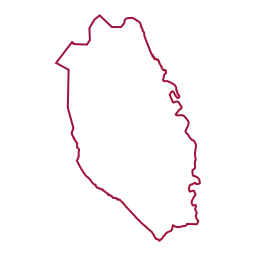 outline of La Union, Copán, Honduras
{"feature_id": "27666195B95326987561994", "entity_name": "La Union", "entity_type": "district", "adm_level": 2, "iso_a3": "HND", "parent_name": "Honduras", "parent_adm1": "Copán", "projection": "robinson", "projection_center": [-88.924, 14.696], "detail": "fine", "context": "isolated", "style": "outline", "palette": "rose", "viewbox_px": 256, "rotation_deg": 0, "n_neighbors": 0, "source": "geoboundaries", "source_scale": "gbopen_adm2", "svg_char_len": 5729}
<svg xmlns="http://www.w3.org/2000/svg" viewBox="0 0 256 256"><path d="M67.8,107.8L73.4,128.0L71.6,133.3L71.9,133.8L72.1,134.3L72.4,135.6L72.6,135.8L73.0,136.1L73.2,136.4L73.3,136.8L73.3,137.3L73.4,137.6L73.6,137.9L74.1,138.1L74.3,138.4L74.4,138.8L74.3,139.4L74.4,139.7L74.6,140.0L75.2,140.5L76.7,142.7L77.1,143.3L77.1,143.8L77.1,147.1L77.1,147.5L77.9,148.1L78.7,148.9L78.9,149.2L79.0,149.7L79.1,150.2L79.1,150.6L78.7,151.8L78.6,152.5L78.7,154.6L78.7,156.6L76.9,160.8L81.2,168.9L82.0,169.9L83.1,171.9L85.5,175.3L86.0,175.8L89.1,178.5L89.8,179.2L91.1,180.8L92.0,182.3L92.9,183.3L93.8,184.1L94.5,184.6L94.8,184.7L95.2,184.6L95.5,184.8L95.7,185.2L95.8,185.9L96.7,187.5L96.9,187.6L97.5,187.6L98.4,187.9L98.7,188.1L99.0,188.5L101.0,188.9L101.1,189.0L101.2,189.3L102.7,189.5L102.8,189.6L102.9,190.1L103.4,190.6L107.3,193.3L107.7,193.9L107.8,194.5L108.0,194.8L108.3,194.9L108.5,194.9L108.7,194.6L108.9,194.5L109.2,194.6L109.4,194.7L109.6,194.9L110.0,195.4L110.5,195.8L110.8,196.0L111.1,195.8L112.3,196.8L112.6,197.1L112.8,197.2L112.8,197.7L113.0,197.9L113.4,198.0L114.6,198.0L116.4,198.2L116.6,198.3L116.8,198.9L117.1,199.4L117.4,199.2L117.8,199.3L118.2,199.2L118.4,199.2L118.6,199.4L118.7,199.6L118.7,199.8L118.8,199.9L119.3,199.9L119.7,199.7L119.8,199.7L120.8,200.9L121.6,201.6L122.1,202.4L122.5,202.6L122.9,202.8L125.6,206.2L133.6,214.7L136.2,217.7L142.3,223.7L152.0,232.2L156.0,239.0L156.8,239.2L158.0,239.1L158.2,239.3L158.8,240.4L159.0,240.6L159.4,240.6L159.7,240.5L161.0,239.3L161.7,238.9L162.1,238.5L162.5,238.0L162.8,237.3L163.4,236.3L164.6,235.1L165.3,234.1L166.8,232.7L167.7,232.1L170.3,231.1L171.0,230.8L171.4,230.4L171.7,230.0L172.1,229.0L172.8,226.1L172.9,225.6L172.9,225.4L173.4,225.5L174.2,225.8L175.4,226.6L176.1,226.9L176.7,227.0L179.0,227.1L183.2,226.1L184.0,226.0L184.8,226.0L185.4,225.8L185.9,225.5L186.3,225.2L186.9,224.0L187.0,223.9L187.3,223.9L187.7,224.1L188.1,224.0L196.7,224.2L197.0,223.9L197.7,222.4L198.2,221.5L198.3,221.2L197.8,220.5L197.0,219.2L196.1,217.3L195.8,216.5L195.8,215.7L196.0,214.8L196.1,214.4L196.5,213.8L196.6,213.4L196.7,213.1L196.6,212.4L196.3,211.6L196.0,211.1L195.3,209.9L195.0,209.3L195.2,208.7L195.7,207.5L195.9,206.7L196.0,206.4L195.8,205.6L195.7,205.2L195.4,205.0L195.0,205.3L193.8,205.4L193.2,205.5L192.8,205.3L192.5,204.9L192.2,204.2L191.8,203.5L191.7,203.2L191.7,202.5L191.7,201.5L192.0,200.7L193.9,197.0L195.5,194.7L195.5,194.3L195.2,193.5L194.8,192.9L194.2,191.3L193.9,190.9L193.6,190.8L192.4,190.8L191.4,191.2L190.2,191.5L189.8,191.5L189.6,191.3L189.5,190.7L189.1,189.5L188.9,188.7L189.7,185.7L190.0,185.1L190.4,184.8L191.1,184.5L192.0,184.4L193.7,183.5L194.5,182.9L194.8,182.8L195.1,182.9L196.3,183.9L197.1,184.1L198.2,183.9L199.3,183.6L199.7,183.3L199.9,183.0L199.9,182.6L199.6,181.9L199.5,180.1L199.1,179.4L198.5,178.5L197.6,177.5L195.7,176.5L194.7,176.0L193.3,175.8L193.0,175.6L192.9,175.4L192.8,175.1L192.6,173.4L192.4,171.2L192.5,170.6L192.5,170.3L192.9,169.9L194.7,168.5L194.9,168.0L195.1,167.3L195.1,166.3L194.8,163.2L195.0,162.1L195.5,160.3L195.7,159.2L195.6,158.5L195.2,156.7L195.0,154.8L195.0,154.2L195.1,152.8L195.4,149.9L196.0,146.2L196.0,145.4L195.9,144.8L195.5,143.7L195.1,142.8L194.6,141.9L194.2,141.2L193.8,140.8L193.3,140.4L192.3,140.0L191.8,139.6L191.1,139.1L190.5,138.4L189.9,137.7L189.3,137.0L189.1,136.5L188.8,135.8L188.6,135.4L187.4,134.0L186.2,132.8L185.8,132.3L185.6,131.9L185.5,131.2L185.8,130.3L188.0,125.7L188.5,124.4L188.6,123.2L188.6,122.1L188.4,121.5L187.8,120.6L186.7,119.0L185.0,117.1L184.0,116.1L183.2,115.6L182.4,115.3L181.4,115.1L179.5,115.3L178.0,115.3L177.1,115.3L176.2,115.1L176.0,114.9L175.8,114.7L175.9,114.3L176.1,113.8L179.3,109.8L179.6,109.5L180.6,108.9L181.3,108.1L181.6,107.5L181.6,107.2L181.6,106.8L181.2,106.2L180.3,105.2L178.7,102.2L178.4,102.0L177.5,101.6L176.5,101.5L176.1,101.6L174.9,102.1L173.9,102.4L173.4,102.5L173.1,102.3L172.9,101.9L172.2,100.3L170.8,97.6L170.2,95.8L169.9,94.7L170.0,94.2L170.3,93.6L170.8,92.7L171.4,92.0L171.8,91.6L172.2,91.4L172.5,91.3L172.9,91.4L173.2,91.6L173.5,91.8L174.2,93.3L175.4,95.4L176.0,96.4L176.7,97.3L177.5,97.8L177.9,97.9L178.6,97.8L179.0,97.5L179.2,97.2L179.3,96.8L179.4,96.3L179.3,96.0L178.8,95.2L177.8,94.2L177.4,93.6L177.3,92.7L177.2,91.2L176.9,90.5L176.7,90.3L176.4,90.2L176.2,89.9L176.2,89.2L176.2,87.8L176.1,87.4L175.9,86.9L175.1,85.6L174.6,85.0L174.3,84.7L172.7,83.7L170.3,82.4L168.5,81.6L167.5,81.2L166.9,81.1L166.2,81.1L164.8,81.2L164.3,81.2L163.7,81.0L163.5,80.9L163.3,80.6L163.2,80.1L163.2,79.5L164.2,74.9L164.4,74.6L164.9,74.0L166.0,73.0L166.0,71.8L165.9,70.9L165.8,70.4L165.7,70.2L165.0,70.0L164.8,70.0L164.0,70.4L163.7,70.4L163.3,70.1L162.9,69.3L161.9,68.2L161.5,67.3L161.5,66.8L161.5,66.6L161.1,66.0L160.5,65.2L159.5,63.3L159.3,62.9L159.1,61.7L158.5,61.0L158.4,60.5L158.2,59.9L157.9,60.1L157.5,60.1L157.3,60.0L157.0,59.5L155.9,59.0L155.5,59.0L154.9,59.1L154.5,59.1L154.3,59.0L154.2,58.9L154.2,58.7L154.5,57.9L154.4,57.6L154.3,57.4L154.1,57.1L153.6,56.9L152.7,56.7L152.5,56.2L152.8,55.6L152.8,55.0L152.6,54.8L152.4,54.6L151.6,54.5L144.6,36.6L144.4,35.7L144.1,32.9L144.0,32.3L143.7,32.0L142.9,31.1L142.6,30.7L142.7,30.0L142.5,29.3L142.4,29.1L142.2,28.9L142.0,28.2L141.3,27.1L140.8,26.4L140.8,25.2L140.6,24.3L140.5,23.9L139.8,22.6L139.4,22.2L138.5,21.5L136.8,20.5L135.7,19.5L135.3,19.3L134.2,19.0L133.3,18.3L132.7,18.0L132.2,17.9L131.8,17.8L131.4,17.9L130.7,18.1L129.5,18.0L127.9,18.1L127.2,18.3L126.4,18.6L125.7,19.1L125.2,19.6L124.9,20.0L124.7,20.5L124.6,21.0L124.6,21.7L124.5,22.1L123.8,23.6L123.4,24.2L122.8,25.0L121.8,26.1L120.8,27.1L111.8,27.0L99.7,15.4L94.4,19.6L89.4,28.1L89.9,40.1L86.9,44.6L74.8,44.1L74.6,43.7L74.4,43.6L74.1,43.6L73.6,43.8L73.3,43.8L73.1,43.4L72.9,42.7L72.0,42.1L56.1,62.9L68.6,69.8L67.8,107.8Z" fill="none" stroke="#9f1239" stroke-width="2"/></svg>